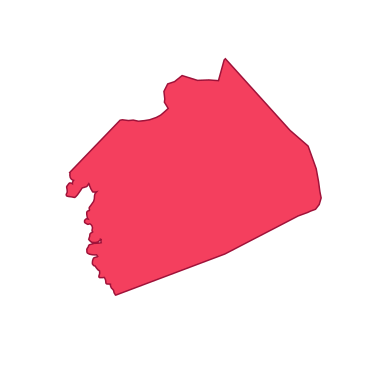 the district of Mongomoyen, Wele-Nzás, Equatorial Guinea, rotated 35°
{"feature_id": "11065452B2915005607236", "entity_name": "Mongomoyen", "entity_type": "district", "adm_level": 2, "iso_a3": "GNQ", "parent_name": "Equatorial Guinea", "parent_adm1": "Wele-Nzás", "projection": "robinson", "projection_center": [11.002, 1.641], "detail": "fine", "context": "isolated", "style": "filled", "palette": "rose", "viewbox_px": 384, "rotation_deg": 35, "n_neighbors": 0, "source": "geoboundaries", "source_scale": "gbopen_adm2", "svg_char_len": 4316}
<svg xmlns="http://www.w3.org/2000/svg" viewBox="0 0 384 384"><g transform="rotate(35 192 192)"><path d="M142.9,63.7L142.6,65.4L149.8,85.6L146.0,87.9L141.6,90.5L132.5,97.4L117.1,102.3L114.4,111.6L110.1,117.4L110.3,118.8L110.5,120.2L111.3,125.7L116.4,131.5L117.9,134.3L124.6,137.2L123.3,142.9L122.2,147.1L120.0,151.4L115.9,157.1L112.2,160.7L107.6,164.7L102.6,166.8L99.0,169.9L93.5,172.8L91.9,174.5L80.6,246.3L81.3,246.6L82.3,248.3L82.5,248.5L83.9,249.9L84.2,250.1L84.5,250.2L85.8,250.7L86.0,250.7L87.3,250.7L87.6,250.7L87.8,250.6L88.3,250.4L88.3,250.7L88.3,251.2L88.6,252.7L88.8,253.0L89.0,253.4L89.3,253.8L88.9,253.8L88.7,253.9L87.3,254.3L87.2,254.4L87.0,254.5L86.8,254.7L86.6,254.8L86.6,255.0L86.4,255.3L86.3,255.6L86.3,255.8L86.2,258.9L86.3,259.2L86.3,259.5L86.4,259.8L86.6,260.0L88.5,261.9L89.9,263.7L90.2,265.3L90.3,265.8L90.3,266.0L90.5,266.3L90.7,266.6L90.8,266.7L91.1,266.8L91.3,267.0L91.5,267.1L91.8,267.0L92.1,267.0L92.3,267.0L93.9,266.3L93.9,266.2L94.0,266.2L96.5,264.9L98.4,264.1L98.7,263.9L99.1,263.7L99.2,263.2L99.4,262.9L99.8,260.0L99.8,259.9L99.8,259.7L99.8,257.1L99.8,254.5L99.8,254.4L99.7,252.5L99.8,251.5L101.1,250.0L101.1,249.9L102.3,248.4L102.4,248.2L102.5,248.1L102.6,247.8L102.7,247.6L102.7,247.4L102.7,247.2L102.6,244.3L103.5,244.6L104.2,245.5L104.5,245.6L104.7,245.8L105.8,246.4L107.1,247.3L107.3,247.4L109.9,248.6L110.2,248.7L110.5,248.8L110.6,248.7L110.7,248.8L110.9,248.6L111.2,248.6L112.7,247.6L112.8,247.5L113.0,247.4L113.8,246.5L113.6,248.5L113.6,249.0L113.6,249.3L113.7,249.5L114.4,251.3L114.5,251.4L114.6,251.5L115.9,253.6L116.8,256.1L116.8,261.2L116.7,263.1L116.8,263.4L116.8,263.7L116.9,263.8L116.9,264.0L117.1,264.2L117.2,264.4L117.8,265.1L118.0,265.2L118.1,265.3L118.3,265.4L118.5,265.5L118.9,265.6L119.0,265.5L118.7,265.8L117.7,267.1L117.6,267.4L117.4,267.6L117.4,267.8L117.4,268.2L117.3,268.5L117.4,268.8L117.5,269.0L117.6,269.3L118.7,270.8L118.8,270.9L118.9,271.0L120.8,272.9L121.1,273.1L121.3,273.2L122.4,273.7L121.5,274.0L121.2,274.3L120.9,274.5L120.7,274.9L120.5,275.3L120.4,276.1L120.4,276.4L120.3,276.7L120.4,276.9L120.4,277.0L120.6,277.3L120.7,277.5L121.0,278.0L121.3,278.2L121.5,278.5L122.0,278.6L122.3,278.6L124.7,278.4L124.9,278.3L125.1,278.3L125.3,278.2L125.6,277.9L125.8,277.7L126.3,276.9L126.9,276.6L128.3,276.7L129.6,277.2L131.0,278.4L131.3,279.0L132.0,280.6L132.2,280.8L132.3,281.0L132.5,281.2L132.8,281.3L133.0,281.4L133.5,281.6L133.6,281.8L132.7,283.6L132.6,284.1L132.5,284.5L132.6,284.9L132.7,285.3L133.7,287.2L134.3,289.2L134.3,289.3L134.5,289.6L134.7,289.9L134.7,290.0L134.8,290.0L135.1,290.2L135.3,290.3L135.5,290.4L138.1,290.8L138.2,290.7L138.3,290.8L138.6,290.7L138.9,290.6L139.0,290.6L141.4,289.1L141.6,289.0L141.7,288.9L143.3,287.3L143.3,287.2L143.5,286.9L143.7,286.5L144.2,284.6L144.3,284.3L144.3,284.0L144.3,283.7L144.2,283.6L144.0,283.2L144.9,283.0L145.7,284.6L146.0,285.0L146.2,285.3L146.3,285.3L146.7,285.6L144.7,287.6L141.3,290.2L141.2,290.3L138.5,293.7L138.3,294.0L138.1,294.4L138.1,294.9L138.1,295.3L138.5,296.5L138.5,298.4L138.6,298.5L138.7,299.0L138.7,299.3L138.8,299.4L138.9,299.5L140.3,301.4L140.6,301.6L140.9,301.8L141.0,301.9L141.3,301.9L141.6,302.0L143.4,301.8L143.6,301.7L143.8,301.7L146.3,300.6L148.6,299.2L149.9,298.2L151.4,298.7L151.8,298.9L151.5,299.5L149.7,301.7L149.7,301.8L149.5,302.2L149.3,302.5L149.4,303.0L149.4,303.4L149.4,303.5L150.0,305.4L150.1,305.6L150.2,305.8L151.2,307.5L151.3,307.6L151.6,307.9L151.8,308.1L152.0,308.1L153.3,308.6L153.7,308.6L154.1,308.6L155.3,308.2L156.6,308.8L156.8,308.9L159.6,309.7L159.9,309.7L160.1,309.7L161.4,309.6L162.2,310.5L163.2,311.9L163.8,313.9L163.9,314.1L164.0,314.4L164.1,314.5L164.4,314.8L164.5,315.0L164.8,315.1L165.1,315.1L165.3,315.1L165.5,315.1L165.8,314.9L166.0,314.8L168.1,313.3L168.1,313.2L169.1,312.3L169.9,312.6L171.6,313.6L173.5,315.7L173.6,315.9L173.8,316.0L174.0,316.1L174.3,316.2L174.5,316.2L174.9,316.2L175.1,316.1L175.3,316.0L177.5,314.6L178.1,314.3L178.4,314.8L178.6,315.1L178.8,315.4L180.5,316.6L180.8,316.7L181.1,316.9L182.5,317.1L184.2,317.6L185.7,319.0L185.9,319.1L186.1,319.3L188.2,320.2L188.4,320.2L188.5,320.3L188.7,320.2L254.5,223.9L278.1,178.7L278.9,177.2L292.7,150.7L298.5,142.4L300.1,139.6L303.1,135.3L303.4,129.3L301.2,122.8L296.5,118.3L289.7,110.9L280.4,101.7L260.8,87.8L237.0,85.3L142.9,63.7Z" fill="#f43f5e" stroke="#9f1239" stroke-width="1.5"/></g></svg>